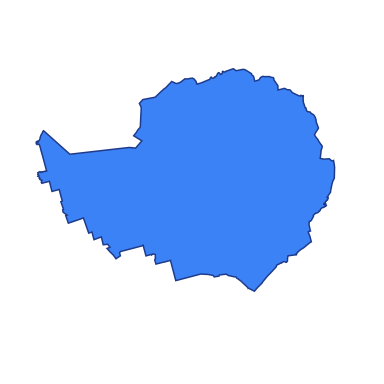 the district of Demenes pag., Daugavpils, Latvia, rotated 165°
{"feature_id": "27541924B73785369996962", "entity_name": "Demenes pag.", "entity_type": "district", "adm_level": 2, "iso_a3": "LVA", "parent_name": "Latvia", "parent_adm1": "Daugavpils", "projection": "orthographic", "projection_center": [26.568, 55.742], "detail": "fine", "context": "isolated", "style": "filled", "palette": "blue", "viewbox_px": 384, "rotation_deg": 165, "n_neighbors": 0, "source": "geoboundaries", "source_scale": "gbopen_adm2", "svg_char_len": 5604}
<svg xmlns="http://www.w3.org/2000/svg" viewBox="0 0 384 384"><g transform="rotate(165 192 192)"><path d="M66.6,143.6L66.5,143.8L66.7,144.1L66.7,144.3L66.4,144.3L66.3,144.0L65.8,144.1L65.7,144.2L65.8,144.4L65.9,144.5L66.0,144.8L66.1,145.0L65.8,145.5L65.8,145.9L65.9,146.0L66.1,146.3L66.3,146.4L66.7,146.1L66.9,145.7L67.0,145.6L67.3,145.6L67.7,145.8L67.9,146.0L67.8,146.3L67.5,146.6L67.4,146.9L67.1,147.0L66.9,146.7L66.7,146.7L66.2,146.6L66.1,147.0L65.9,147.2L65.8,147.5L65.6,148.0L65.3,148.3L64.7,148.4L64.5,148.6L64.4,148.7L64.5,148.8L64.4,149.0L64.0,149.2L63.8,149.1L63.4,149.1L63.2,149.2L63.0,149.4L62.9,149.8L62.3,150.4L62.1,150.9L61.9,151.4L62.9,151.9L60.6,153.9L59.7,154.8L58.4,155.7L57.3,158.3L56.0,160.8L55.8,161.5L53.4,165.7L51.0,168.4L47.9,178.8L47.5,181.7L47.2,184.4L47.2,185.4L47.1,185.8L48.8,185.7L50.8,188.6L55.6,189.5L56.1,189.6L59.5,191.3L58.5,193.6L57.1,197.2L56.6,198.4L56.6,198.7L55.5,200.3L54.4,202.2L54.4,202.5L54.8,204.0L55.4,205.2L56.4,208.1L56.9,210.3L57.4,211.3L58.5,213.9L58.8,215.8L58.1,216.4L57.2,217.4L54.7,219.6L53.3,221.0L53.4,222.2L53.5,223.2L53.9,227.8L53.5,229.6L53.6,232.0L54.2,234.3L54.7,235.3L56.5,237.1L57.0,238.2L57.2,238.7L58.5,239.2L59.3,239.6L60.3,240.9L60.2,243.7L60.9,244.2L61.0,246.4L61.0,247.5L61.2,249.0L61.1,251.2L60.9,251.2L60.6,253.1L60.2,254.5L59.9,255.0L59.6,256.2L60.2,256.2L60.4,255.6L60.7,255.7L60.5,256.4L61.9,257.2L62.6,256.7L63.5,257.0L69.3,261.9L70.2,263.9L70.7,265.0L71.6,265.6L73.2,266.0L73.5,266.2L75.9,268.2L78.5,268.2L82.5,268.3L81.6,272.2L81.5,272.7L81.8,273.2L83.9,279.2L83.8,279.5L83.6,280.4L83.6,280.8L83.7,281.0L84.0,281.5L86.3,282.6L87.4,283.5L92.0,284.6L93.5,285.4L95.8,285.0L96.1,284.9L96.4,284.7L98.1,283.1L98.3,283.0L102.2,282.7L102.5,282.8L102.7,283.2L102.6,285.6L102.6,287.9L102.7,288.0L103.9,289.5L103.9,290.9L109.2,296.5L111.0,297.3L117.9,297.7L118.1,297.8L118.3,298.0L119.5,299.7L120.4,300.4L128.1,299.8L128.3,299.8L128.7,299.4L129.0,299.4L129.9,299.7L130.3,299.9L130.5,300.0L130.9,300.6L131.1,300.6L131.7,300.1L131.7,299.9L131.6,299.7L131.6,299.4L131.9,298.9L132.3,298.6L132.5,298.5L132.8,298.5L133.0,298.4L133.7,298.0L133.8,298.0L134.8,300.0L135.3,300.3L135.6,300.3L136.1,300.1L136.6,299.8L137.0,299.4L137.3,298.8L139.7,296.9L139.9,297.0L140.1,297.2L140.4,297.3L141.0,296.8L141.5,296.6L142.4,296.4L142.8,296.5L143.1,296.8L143.3,297.1L143.4,297.8L143.5,297.9L143.7,298.0L144.2,297.9L144.6,297.7L145.7,296.2L145.8,296.1L146.8,296.1L154.9,295.0L159.3,294.9L159.5,297.9L160.9,300.9L162.2,301.9L163.7,302.1L165.3,302.3L167.1,302.3L169.5,303.2L174.2,301.2L176.2,300.8L178.5,300.7L179.6,301.2L183.0,304.0L190.6,299.4L192.2,298.9L196.3,296.8L203.0,293.1L215.6,294.0L219.9,291.2L219.6,289.8L219.2,286.6L224.8,269.2L225.4,267.8L228.3,266.0L229.9,264.3L233.8,261.4L227.2,254.4L235.1,249.0L240.8,251.2L252.6,253.0L262.0,254.4L300.2,260.1L319.5,289.6L319.9,289.4L320.5,289.0L321.1,288.1L322.2,286.9L322.8,286.3L323.2,286.0L324.4,284.2L324.8,283.3L325.0,282.9L325.6,282.0L327.2,280.5L327.7,280.0L328.5,279.6L328.7,279.8L328.8,279.9L328.6,279.9L328.4,279.8L328.2,279.9L328.1,280.0L328.1,280.3L327.8,280.4L327.7,280.5L327.5,280.9L327.6,281.1L328.6,281.0L329.5,280.6L329.8,279.6L329.9,278.9L329.4,277.9L328.4,277.9L328.2,278.0L327.6,277.8L327.2,277.5L327.0,274.0L327.1,271.3L327.0,265.6L327.0,249.9L328.1,249.8L328.5,250.2L329.4,250.0L330.2,250.2L331.1,250.1L331.7,250.4L332.0,250.0L332.6,250.3L332.9,250.1L333.1,250.5L333.6,250.9L333.8,250.6L334.2,250.8L334.9,250.8L336.0,250.5L335.8,249.5L335.9,249.3L336.2,249.2L336.4,249.0L335.9,248.3L335.7,247.5L335.9,247.3L336.2,247.5L336.7,247.3L336.9,247.1L336.2,246.5L335.6,245.8L335.5,244.9L336.0,244.5L335.5,243.9L335.7,243.6L335.5,243.3L335.0,243.2L334.9,242.9L334.9,242.6L333.9,242.1L334.1,241.8L334.5,241.2L335.1,240.4L334.7,239.9L334.8,239.3L327.0,239.2L327.1,228.8L319.6,228.8L319.7,221.7L319.6,216.9L321.2,216.6L320.6,208.5L321.5,208.3L321.6,207.4L321.7,206.3L321.8,206.1L320.6,204.4L318.6,202.0L320.1,201.9L319.5,193.9L310.3,194.5L303.6,195.0L302.4,179.0L299.0,179.2L299.0,171.3L291.2,172.1L291.4,164.0L288.9,163.6L287.0,163.4L285.5,159.8L288.7,159.5L286.8,155.6L284.3,151.4L282.7,147.2L277.7,148.9L277.7,152.1L276.4,153.0L256.4,152.9L254.2,152.9L253.0,153.3L253.0,142.2L247.5,142.2L247.3,141.6L245.9,142.3L243.6,141.1L244.5,137.8L244.3,137.6L244.8,136.9L245.1,136.5L245.4,136.3L245.6,136.2L245.5,131.7L238.0,131.6L237.0,131.5L230.5,131.5L230.6,110.6L205.2,110.5L204.5,110.4L197.8,108.2L195.5,107.1L193.0,105.8L192.5,104.2L189.8,104.0L187.8,103.7L187.2,104.6L186.3,104.7L181.2,103.9L180.0,103.8L179.9,103.5L178.7,102.0L175.9,100.6L173.5,99.3L171.7,98.7L171.0,97.1L170.1,96.2L167.5,92.9L166.5,91.1L164.1,87.4L162.5,84.5L162.6,84.3L162.0,84.2L157.4,80.0L153.2,82.9L148.1,85.8L146.7,87.1L140.6,91.4L136.7,93.7L133.1,96.0L132.0,96.6L130.1,97.9L129.2,99.1L129.0,99.5L126.9,99.9L126.7,99.9L126.0,100.0L124.5,100.5L124.1,100.2L123.6,100.3L123.1,100.7L122.2,100.9L120.9,100.9L120.6,100.8L120.0,100.2L119.4,99.7L118.9,99.7L118.5,99.9L117.8,100.5L117.4,101.3L117.1,102.6L116.3,104.5L115.8,105.5L112.0,105.0L109.7,104.7L107.4,104.3L107.3,104.5L107.7,104.7L107.8,105.1L107.7,105.1L106.7,105.5L106.1,106.1L103.0,107.8L101.0,108.5L98.6,109.2L97.6,109.7L91.2,112.6L89.6,113.0L89.6,115.5L89.6,118.9L90.1,123.4L89.8,123.5L87.6,123.7L87.7,125.1L87.4,130.4L86.3,133.2L85.0,133.2L84.7,133.4L83.9,133.9L81.0,137.0L80.9,138.1L80.3,138.3L78.6,139.3L78.3,139.6L77.6,139.3L77.0,139.5L75.9,139.5L74.4,140.2L74.1,140.7L73.8,140.5L73.1,141.0L71.7,142.6L69.9,143.2L69.2,143.1L68.6,143.0L68.4,143.1L68.0,143.5L67.7,143.7L67.4,143.6L67.1,143.5L66.6,143.6Z" fill="#3b82f6" stroke="#1e3a8a" stroke-width="1.5"/></g></svg>